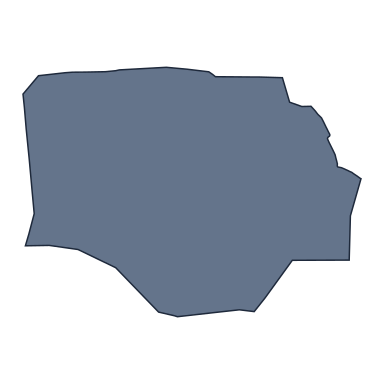 Bayancagaan, Töv, Mongolia (orthographic projection)
{"feature_id": "93677404B41930785944412", "entity_name": "Bayancagaan", "entity_type": "district", "adm_level": 2, "iso_a3": "MNG", "parent_name": "Mongolia", "parent_adm1": "Töv", "projection": "orthographic", "projection_center": [107.531, 46.744], "detail": "fine", "context": "isolated", "style": "filled", "palette": "slate", "viewbox_px": 384, "rotation_deg": 0, "n_neighbors": 0, "source": "geoboundaries", "source_scale": "gbopen_adm2", "svg_char_len": 1433}
<svg xmlns="http://www.w3.org/2000/svg" viewBox="0 0 384 384"><path d="M208.8,71.8L187.0,69.2L166.3,67.3L119.3,69.9L115.7,70.7L105.5,71.7L85.1,72.1L72.6,72.2L65.4,72.7L38.5,75.7L23.0,94.1L24.4,107.6L26.2,129.0L29.2,158.9L32.2,192.0L34.2,213.7L28.9,233.9L25.4,245.8L49.2,245.4L78.0,249.5L115.7,267.7L158.6,312.1L174.6,315.8L177.4,316.7L177.5,316.7L214.9,312.5L239.4,309.8L254.2,311.6L265.0,298.0L292.3,260.3L349.2,260.1L350.4,215.8L361.0,178.7L360.6,178.5L360.2,178.3L358.1,176.8L357.2,176.1L355.2,174.8L353.3,173.5L351.7,172.3L350.2,171.7L349.8,171.5L349.6,171.4L347.6,170.4L345.5,169.5L345.4,169.4L344.5,169.0L343.1,168.4L341.5,167.7L340.5,167.5L339.5,167.3L338.4,167.1L338.0,167.0L337.7,166.8L337.5,166.6L337.3,166.1L337.3,165.7L337.3,164.7L337.4,163.9L337.2,163.2L336.7,161.1L336.5,160.3L335.9,158.1L335.4,156.0L335.2,155.0L334.2,152.8L332.5,149.3L331.1,146.5L330.1,144.5L329.2,142.7L328.3,140.7L327.7,139.3L327.5,138.8L327.5,138.5L327.6,138.1L327.7,137.8L327.9,137.4L328.2,137.1L328.6,136.8L329.0,136.5L329.4,136.2L329.6,136.0L329.8,135.5L329.8,135.2L329.8,134.8L329.8,134.5L329.4,133.7L328.1,131.2L326.8,128.5L326.2,127.4L324.9,124.7L323.9,122.6L322.9,120.6L322.0,118.9L321.7,118.2L321.1,117.5L317.8,114.3L317.3,113.6L316.7,112.9L315.6,111.4L314.2,109.8L312.1,107.5L311.0,106.3L301.8,106.5L289.6,102.2L282.4,77.7L258.3,77.0L252.0,77.0L215.4,76.7L212.6,74.4L208.8,71.8Z" fill="#64748b" stroke="#1e293b" stroke-width="1.5"/></svg>